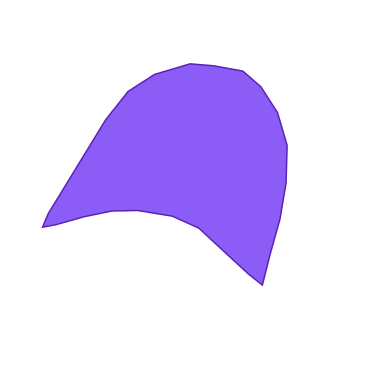 outline of Nioki, Bandundu, Democratic Republic of the Congo, rotated 221°
{"feature_id": "63176286B71096802464930", "entity_name": "Nioki", "entity_type": "district", "adm_level": 2, "iso_a3": "COD", "parent_name": "Democratic Republic of the Congo", "parent_adm1": "Bandundu", "projection": "equal_earth", "projection_center": [17.684, -2.697], "detail": "fine", "context": "isolated", "style": "filled", "palette": "violet", "viewbox_px": 384, "rotation_deg": 221, "n_neighbors": 0, "source": "geoboundaries", "source_scale": "gbopen_adm2", "svg_char_len": 476}
<svg xmlns="http://www.w3.org/2000/svg" viewBox="0 0 384 384"><g transform="rotate(221 192 192)"><path d="M281.7,67.4L273.2,78.1L257.3,102.4L239.9,125.2L221.0,142.3L191.1,160.8L163.1,169.2L132.1,168.2L95.4,167.1L77.8,167.9L91.9,195.7L107.8,229.2L126.9,260.5L150.8,289.6L179.5,308.0L209.0,316.6L232.9,316.6L258.4,301.5L277.5,287.5L297.4,256.2L306.2,226.0L304.6,190.4L297.4,147.2L291.0,109.4L286.3,81.3L281.7,67.4Z" fill="#8b5cf6" stroke="#5b21b6" stroke-width="1.5"/></g></svg>